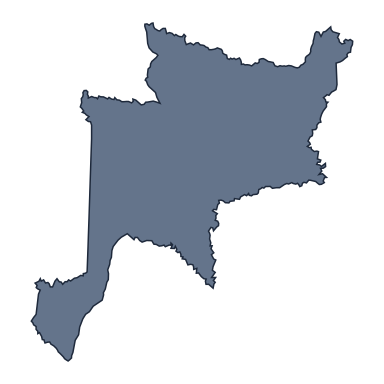 the district of Soledade, Rio Grande do Sul, Brazil
{"feature_id": "56859067B52528127445060", "entity_name": "Soledade", "entity_type": "district", "adm_level": 2, "iso_a3": "BRA", "parent_name": "Brazil", "parent_adm1": "Rio Grande do Sul", "projection": "robinson", "projection_center": [-52.521, -28.89], "detail": "fine", "context": "isolated", "style": "filled", "palette": "slate", "viewbox_px": 384, "rotation_deg": 0, "n_neighbors": 0, "source": "geoboundaries", "source_scale": "gbopen_adm2", "svg_char_len": 5602}
<svg xmlns="http://www.w3.org/2000/svg" viewBox="0 0 384 384"><path d="M308.0,141.1L310.0,137.1L312.3,135.7L312.7,133.3L312.3,129.9L315.7,129.5L316.9,127.7L316.9,125.2L318.7,122.8L320.9,122.1L320.2,119.4L320.6,117.3L321.7,114.0L323.2,111.0L326.5,106.7L326.4,103.8L327.9,102.2L325.8,101.9L325.4,99.7L323.5,97.6L325.6,96.0L327.0,94.7L329.0,95.3L331.6,92.1L334.0,90.8L336.0,89.6L337.0,84.6L336.1,63.1L340.1,61.9L342.6,60.5L345.1,58.3L347.4,56.6L346.9,54.5L348.4,52.7L350.5,52.2L350.7,50.1L351.1,47.3L352.4,44.7L352.7,41.2L350.2,39.5L348.1,40.6L345.7,39.4L343.8,41.2L344.8,43.2L341.9,44.0L339.4,41.9L338.9,39.5L337.5,37.5L339.3,33.7L332.9,31.8L331.1,29.7L330.7,26.9L325.5,31.5L323.3,32.0L321.0,36.4L318.8,32.2L316.4,31.7L315.0,33.4L314.4,36.2L313.9,38.7L313.3,40.7L313.1,43.4L311.5,46.6L310.7,49.3L310.7,51.7L309.7,53.9L308.4,55.0L306.9,56.0L305.6,57.4L305.3,59.3L305.4,61.8L303.1,64.2L300.7,65.3L299.4,67.2L297.3,67.9L295.1,67.4L293.1,66.6L291.4,65.9L288.7,65.5L285.8,66.3L284.2,65.9L282.2,66.2L280.0,65.7L277.7,66.7L274.9,65.8L273.2,62.5L270.0,61.8L268.2,61.5L265.4,59.6L263.3,58.6L261.3,58.8L259.3,59.5L259.0,62.4L257.2,63.5L255.2,62.9L253.2,64.6L251.7,65.9L249.3,65.0L247.0,64.7L245.1,64.9L243.3,64.0L241.4,64.4L241.3,62.2L240.6,59.9L239.4,58.0L237.7,58.7L235.9,59.5L234.1,58.3L232.1,59.1L230.6,58.2L229.3,59.4L227.3,58.5L226.6,55.1L224.4,54.3L222.7,53.1L222.4,51.0L221.4,49.4L219.8,48.8L217.3,47.9L215.6,48.8L213.8,49.3L211.4,49.7L209.1,49.7L207.8,47.6L206.0,47.1L204.0,45.5L202.2,45.1L200.2,44.9L198.1,42.7L196.0,42.9L193.5,44.9L190.5,43.0L188.2,43.8L186.3,44.6L185.6,42.7L184.8,40.6L184.7,37.8L185.7,36.2L184.0,34.4L182.3,36.7L179.8,36.6L178.1,36.0L175.8,34.5L174.4,35.6L172.1,33.4L169.5,32.6L166.6,33.6L166.1,31.3L165.3,28.4L163.1,28.4L161.2,29.6L159.8,31.0L158.0,30.6L156.3,29.5L154.7,28.6L153.6,26.5L153.0,23.0L151.4,23.4L149.2,25.2L147.0,23.9L144.9,24.2L144.8,26.1L145.4,28.2L146.7,32.0L147.7,43.5L149.1,47.9L152.8,52.0L156.6,53.9L157.9,55.3L156.3,57.5L151.8,61.5L150.6,63.9L150.3,66.9L148.1,69.0L147.4,75.0L147.7,77.4L146.2,78.2L145.2,80.1L146.5,81.3L147.7,84.7L149.2,86.8L155.5,92.5L156.9,97.3L160.0,103.3L156.6,102.1L153.3,101.1L147.5,102.1L145.7,102.2L144.1,104.3L141.2,104.9L135.8,100.1L132.9,99.1L133.2,101.4L131.6,102.9L128.5,101.5L126.2,101.5L123.7,101.7L121.8,101.7L119.5,100.2L116.8,99.8L114.8,97.6L114.0,99.5L111.6,99.1L109.0,97.4L107.6,98.9L103.5,96.9L100.7,96.8L98.9,96.0L97.5,98.8L96.1,97.6L94.4,97.6L91.7,96.5L88.3,98.0L88.3,96.0L87.4,94.4L87.8,91.9L86.3,90.4L84.1,90.6L82.9,92.7L83.2,94.8L82.7,96.8L81.3,98.6L81.7,102.7L80.3,106.9L81.8,108.3L83.7,111.0L82.3,112.3L84.9,113.4L86.3,114.9L89.0,116.6L85.9,119.7L88.4,121.5L90.5,121.7L91.6,125.1L91.6,138.8L91.1,153.4L88.9,221.2L88.4,235.2L88.0,247.6L87.1,271.9L85.6,273.2L83.3,273.6L83.2,275.8L80.7,275.4L77.1,277.7L74.4,278.2L70.6,281.0L68.6,279.9L67.2,281.7L65.1,281.7L62.7,284.3L61.1,282.0L59.3,281.8L57.0,278.7L55.0,281.1L52.6,286.9L50.3,286.9L49.1,283.7L47.9,282.5L45.5,283.0L43.6,279.9L41.2,281.1L40.3,278.7L38.9,281.3L35.1,283.1L37.1,285.4L36.2,287.6L37.9,289.0L40.2,290.1L38.5,294.1L36.1,314.4L33.7,317.4L31.3,321.1L32.9,322.9L33.6,324.8L36.1,326.5L36.1,329.4L37.8,331.3L37.8,333.6L39.5,332.6L41.6,336.4L42.3,339.6L43.9,339.8L45.0,343.0L47.5,342.2L49.7,342.0L50.9,344.1L53.7,345.8L56.2,348.2L57.4,349.9L58.3,351.9L59.7,353.1L61.3,354.7L63.4,356.9L64.6,358.7L66.0,359.7L68.1,361.0L69.5,359.9L71.5,358.0L71.6,355.7L72.9,352.5L75.2,340.3L78.6,334.8L79.7,327.0L82.8,318.9L85.6,314.3L89.4,311.7L93.2,306.2L102.2,300.1L103.6,294.9L103.4,292.7L105.3,289.0L106.8,282.3L108.3,279.7L108.5,273.6L107.7,269.9L109.7,264.3L110.1,260.4L111.4,257.4L111.9,250.6L113.2,246.5L118.0,240.2L121.3,237.2L127.3,233.7L134.0,239.7L135.1,237.4L137.5,237.5L139.7,240.5L142.1,242.1L146.7,240.5L151.8,240.7L153.9,244.2L156.3,244.4L159.2,246.1L161.7,245.8L164.0,245.1L165.3,246.7L169.1,245.1L170.9,245.2L171.0,243.1L172.5,244.6L171.0,248.3L174.4,248.5L175.3,246.3L176.8,249.2L176.0,251.2L177.9,252.6L179.8,251.9L180.9,254.3L180.9,256.5L183.0,257.0L182.2,258.8L185.6,259.4L187.9,264.9L190.5,264.3L192.8,264.7L193.6,266.8L193.7,269.4L196.8,268.4L196.3,273.2L198.6,273.0L201.3,276.6L203.8,278.7L206.2,279.1L205.4,281.1L206.0,284.3L208.7,284.3L213.1,288.2L213.9,284.1L215.2,282.3L213.4,280.6L215.6,277.5L211.6,277.5L215.2,272.4L212.4,270.3L213.0,266.8L215.8,260.0L213.7,259.0L211.4,254.7L213.8,252.8L211.0,248.8L212.1,245.8L210.1,245.9L210.8,242.8L209.6,239.0L210.1,235.2L209.6,233.3L208.5,231.1L211.0,227.4L212.8,227.9L213.5,230.8L216.7,227.0L218.5,225.7L218.7,223.4L217.7,221.2L215.2,220.3L216.0,218.1L215.8,215.5L217.3,213.7L212.5,210.8L213.7,209.4L216.5,209.7L217.8,204.5L219.4,203.1L218.7,200.4L221.0,200.1L223.3,200.9L225.3,202.7L228.9,202.9L230.1,201.3L234.1,200.8L234.5,198.6L239.5,199.3L240.6,196.9L244.6,194.6L246.6,195.7L248.6,193.5L249.2,195.3L251.5,195.8L253.1,194.6L257.0,194.2L258.3,192.9L258.8,189.5L260.6,188.8L262.1,187.5L263.9,188.1L265.6,186.5L267.8,186.5L270.2,186.4L272.4,188.3L276.4,187.7L279.7,187.7L284.4,184.5L286.8,183.5L288.6,184.0L291.8,182.6L293.2,183.5L295.8,184.1L297.6,183.3L298.9,184.9L299.8,186.6L301.8,185.7L302.4,183.3L303.9,182.3L306.5,182.9L308.8,180.1L310.5,180.3L313.6,181.0L315.7,181.5L317.4,183.0L319.3,184.5L321.4,184.3L324.3,182.6L323.2,181.0L324.5,177.6L326.5,177.4L322.5,173.7L319.0,174.5L321.8,171.1L320.5,168.3L323.3,168.2L325.6,166.6L325.4,163.4L321.4,166.4L319.7,165.0L316.7,164.4L317.6,162.3L320.1,162.1L320.8,160.1L317.4,158.9L318.5,151.6L316.9,151.1L314.2,151.5L311.4,149.3L311.1,147.3L309.2,147.6L307.3,146.4L310.3,144.2L309.5,142.5L308.0,141.1Z" fill="#64748b" stroke="#1e293b" stroke-width="1.5"/></svg>